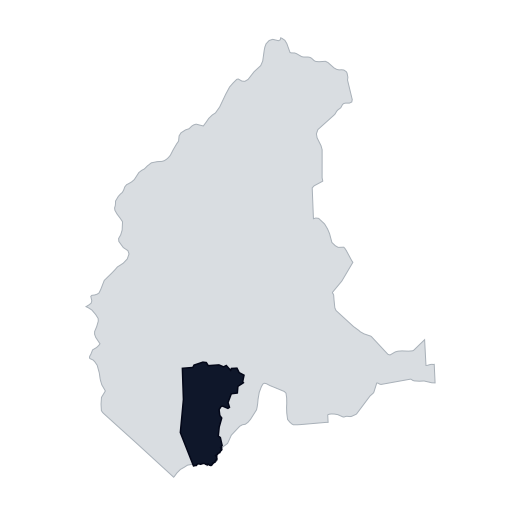 location of Pibor, Jonglei, South Sudan, rotated 87°
{"feature_id": "79223893B32810285770131", "entity_name": "Pibor", "entity_type": "district", "adm_level": 2, "iso_a3": "SSD", "parent_name": "South Sudan", "parent_adm1": "Jonglei", "projection": "orthographic", "projection_center": [34.735, 6.56], "detail": "fine", "context": "in_parent", "style": "filled", "palette": "ink", "viewbox_px": 512, "rotation_deg": 87, "n_neighbors": 0, "source": "geoboundaries", "source_scale": "gbopen_adm2", "svg_char_len": 6844}
<svg xmlns="http://www.w3.org/2000/svg" viewBox="0 0 512 512"><g transform="rotate(87 256 256)"><path d="M421.6,400.2L405.4,416.3L404.3,417.3L402.3,418.5L395.8,418.5L389.1,417.7L382.9,413.5L376.6,416.7L372.6,417.7L370.2,418.1L364.6,418.6L356.8,420.3L353.2,422.5L351.3,424.2L349.7,427.3L348.8,427.6L347.4,427.3L345.4,426.0L341.2,424.1L339.1,420.1L337.1,417.7L335.5,416.4L328.9,420.3L325.6,421.3L323.0,421.1L318.2,418.8L312.8,416.9L310.1,416.9L306.0,419.2L301.3,422.8L298.8,426.3L297.7,428.4L296.0,425.2L294.5,423.1L292.2,422.3L287.7,423.1L286.7,422.0L286.5,419.2L285.8,416.6L284.7,414.7L281.3,412.8L272.4,408.8L265.6,401.0L262.2,397.4L259.7,395.0L256.2,388.9L252.2,384.7L247.3,382.7L244.0,383.6L240.6,388.1L234.3,392.2L231.4,392.3L227.8,390.0L223.1,388.3L214.8,387.5L211.4,389.5L206.8,392.6L203.0,394.5L200.6,394.7L198.4,393.9L195.9,393.5L193.8,393.4L189.3,390.4L187.1,388.2L185.5,386.1L183.0,384.6L180.1,383.4L178.0,381.5L177.0,379.2L175.4,376.2L173.3,373.5L166.5,368.6L164.5,365.7L163.2,362.9L160.4,359.8L157.5,355.7L156.6,349.7L156.6,344.9L156.0,342.6L154.8,340.4L153.3,338.5L151.0,336.3L145.5,333.1L139.9,329.4L137.2,327.3L132.0,326.5L129.0,324.4L126.4,319.8L125.4,316.2L122.9,313.3L121.8,311.3L121.2,308.9L123.4,301.8L120.4,299.3L116.0,295.9L112.9,292.3L111.0,289.0L105.3,284.5L92.9,277.8L85.8,273.5L81.9,269.7L78.6,266.0L78.3,264.5L80.6,260.9L81.0,258.0L79.2,254.6L71.9,248.3L66.1,241.3L61.7,239.1L50.9,237.0L47.8,236.2L44.6,234.8L41.5,231.6L40.5,228.0L42.2,222.2L41.3,220.4L39.4,219.9L40.0,218.7L42.1,215.9L45.5,214.1L54.5,211.4L55.0,210.3L55.3,206.7L56.1,204.9L59.3,200.0L59.8,198.0L60.0,193.7L60.5,191.7L61.4,190.2L63.9,187.8L64.8,186.3L65.3,183.0L65.2,176.5L66.6,174.0L72.3,168.2L73.9,165.6L74.5,163.2L74.5,160.8L74.9,158.5L76.7,156.2L78.1,155.5L82.3,154.9L85.1,155.4L104.9,151.7L107.2,152.3L108.2,154.7L108.0,158.5L108.3,160.4L109.3,161.7L112.4,163.6L114.5,166.7L115.6,167.8L118.7,169.9L133.0,187.6L137.2,189.3L141.2,188.8L149.3,185.3L153.3,184.4L181.4,185.9L184.6,185.4L184.8,185.5L188.9,194.2L190.9,196.3L221.8,196.7L221.2,194.3L221.7,191.5L227.2,186.2L228.0,185.6L232.8,183.1L237.5,181.4L246.5,179.5L249.8,176.4L251.7,173.5L251.8,167.9L253.0,166.9L255.2,165.6L265.6,160.7L267.4,159.6L285.5,171.6L295.7,181.0L296.3,181.5L296.9,181.6L297.4,181.3L297.9,180.9L299.1,180.5L303.6,180.4L311.9,180.0L314.7,178.9L331.6,162.3L335.9,157.0L337.0,156.0L339.4,152.2L342.0,145.7L342.5,145.0L361.0,129.5L361.6,128.2L361.8,127.2L359.1,122.0L358.5,119.3L358.4,115.2L359.0,108.8L358.9,104.8L358.6,103.7L348.4,92.0L374.2,92.0L374.2,90.5L374.1,90.1L373.7,88.7L373.4,86.9L373.4,85.8L373.6,84.9L373.6,84.4L373.5,83.9L373.5,83.7L392.1,83.8L391.8,87.1L389.6,94.7L389.6,99.3L389.0,104.5L388.4,106.0L387.4,107.3L387.1,107.9L387.1,108.5L390.8,137.8L390.5,139.0L389.4,140.8L389.2,141.4L389.1,141.9L389.5,142.2L398.1,145.4L398.5,145.6L398.8,145.8L401.9,149.6L418.7,163.6L419.3,164.3L421.0,168.6L421.2,169.3L421.3,170.3L421.2,171.1L420.8,173.8L420.9,174.9L421.2,175.7L421.4,176.6L421.4,176.9L421.3,177.5L418.7,182.6L417.9,186.2L417.7,189.2L417.8,190.9L418.1,192.1L418.3,192.5L418.6,192.7L425.9,192.7L425.8,194.3L426.7,220.8L426.7,223.8L426.5,227.5L425.6,229.0L423.5,231.1L420.9,233.0L414.3,233.5L408.8,233.4L404.9,233.0L399.6,232.8L394.6,233.2L392.8,234.8L386.1,248.9L384.0,252.4L383.5,254.4L384.1,255.7L386.6,257.4L392.3,259.9L398.9,261.4L403.7,262.1L407.0,262.8L409.6,263.5L418.8,270.0L421.8,272.9L423.5,275.6L423.8,278.4L425.2,281.2L433.6,290.0L441.7,294.2L444.8,298.9L447.7,301.2L450.6,303.6L452.1,307.3L455.6,317.9L457.9,323.4L460.3,328.0L461.3,335.4L463.2,338.7L465.2,342.7L468.5,346.3L471.9,349.1L472.6,349.8L437.5,384.3L421.6,400.2Z" fill="#d9dde1" stroke="#a8b0b8" stroke-width="1"/><path d="M412.1,338.4L428.3,340.8L462.4,329.4L462.4,329.1L462.3,328.9L462.2,328.8L462.2,328.7L462.2,328.4L462.0,328.2L462.1,327.8L462.1,327.7L462.1,327.4L462.0,327.2L462.0,326.9L462.1,326.7L462.0,326.4L461.7,326.4L461.5,326.2L461.3,326.2L461.2,325.9L460.9,325.7L460.8,325.4L460.7,325.2L460.5,324.9L460.5,324.7L460.6,324.4L460.6,324.2L460.6,323.9L460.7,323.7L460.7,323.3L460.7,323.2L460.8,322.9L461.0,322.7L461.1,322.4L461.0,322.2L461.0,321.9L460.9,321.8L460.9,321.6L460.9,321.4L460.8,321.2L460.6,321.0L460.6,320.8L460.4,320.7L460.4,320.4L460.5,320.3L460.4,320.2L460.6,318.1L461.2,317.4L461.3,317.3L461.4,317.1L461.5,316.9L461.6,316.7L461.6,316.4L461.6,316.2L461.8,316.0L461.9,315.9L461.9,315.7L461.8,315.4L461.7,315.3L461.8,315.3L461.7,315.2L461.7,314.9L461.7,314.7L461.6,314.3L461.6,314.2L461.8,314.0L462.0,313.9L462.3,313.7L462.4,313.4L462.5,313.3L462.5,313.2L462.5,312.9L462.5,312.7L462.8,312.4L462.8,312.2L462.7,312.0L462.8,312.0L462.8,311.9L462.7,311.9L462.7,311.7L462.6,311.4L462.5,311.1L462.4,311.0L462.2,311.0L462.1,310.9L461.9,310.7L461.7,310.6L461.3,310.4L461.2,310.4L461.2,310.2L461.3,310.1L461.2,310.0L461.1,309.9L460.8,309.7L460.7,309.5L460.4,309.7L460.3,309.4L460.4,309.2L460.1,308.9L460.1,308.7L459.9,308.5L459.8,308.4L459.7,308.2L459.8,308.0L459.8,307.9L459.7,307.8L459.6,307.6L459.4,307.6L459.1,307.6L458.8,307.4L458.7,307.4L458.5,307.2L458.4,307.1L458.4,306.8L458.5,306.8L458.5,306.7L458.4,306.7L458.2,306.7L458.1,306.8L457.9,306.8L457.7,306.7L457.4,306.4L457.5,306.2L457.5,305.9L457.4,305.9L457.2,305.8L457.0,305.7L456.9,305.8L456.8,305.7L456.7,305.6L456.2,305.6L455.8,305.7L455.7,305.9L455.3,305.8L455.2,305.8L455.0,305.7L454.8,305.7L454.7,305.7L454.6,305.8L454.4,305.8L454.2,305.9L454.0,306.0L453.9,306.0L453.8,306.3L453.7,306.4L453.5,306.2L453.4,306.1L453.2,306.0L453.2,305.9L453.0,306.0L452.9,306.2L452.8,305.9L452.7,305.8L452.7,305.7L452.6,305.4L452.4,305.3L452.3,305.2L452.2,305.2L452.0,304.9L451.9,304.7L451.6,304.4L451.4,304.3L451.2,304.4L451.2,304.2L450.9,303.9L450.7,303.8L450.8,303.8L450.8,303.7L450.7,303.5L450.6,303.4L450.6,303.2L450.4,303.0L450.4,302.9L450.5,302.9L450.6,302.6L450.4,302.4L450.2,302.3L450.0,302.2L449.8,302.2L449.7,302.1L449.4,302.0L449.2,302.0L449.1,301.7L448.9,301.5L448.6,301.4L448.5,301.1L448.4,301.0L448.3,300.8L448.2,300.7L447.9,300.5L447.8,300.4L447.7,300.4L447.4,300.3L447.3,300.2L447.2,300.2L447.2,300.4L447.2,300.5L447.1,300.8L447.1,301.0L446.8,301.0L446.7,301.0L446.7,300.9L446.7,300.7L446.3,300.7L446.2,300.8L445.9,300.8L445.7,300.8L445.6,300.7L445.5,300.8L445.5,300.7L445.4,300.6L445.2,300.7L444.9,300.7L444.8,300.4L444.7,300.4L444.7,300.5L444.3,300.5L444.2,300.5L444.2,300.3L444.0,300.2L443.8,300.1L443.7,300.1L443.5,299.9L443.5,299.7L443.8,299.7L435.4,301.1L433.9,303.1L424.8,301.7L416.0,298.7L413.3,300.5L407.4,300.9L404.4,298.7L404.1,297.3L406.7,292.0L405.7,290.4L400.9,291.6L392.3,287.9L391.9,282.4L391.8,281.8L385.2,280.9L381.9,275.2L380.9,275.9L374.4,274.2L371.6,278.9L367.0,280.9L367.0,286.4L368.9,287.3L363.8,291.4L365.0,294.2L362.8,298.7L363.0,309.4L359.8,311.2L359.2,314.6L361.7,323.6L364.0,324.9L364.3,335.4L395.5,336.0L412.1,338.4Z" fill="#0f172a" stroke="#020617" stroke-width="1.5"/></g></svg>